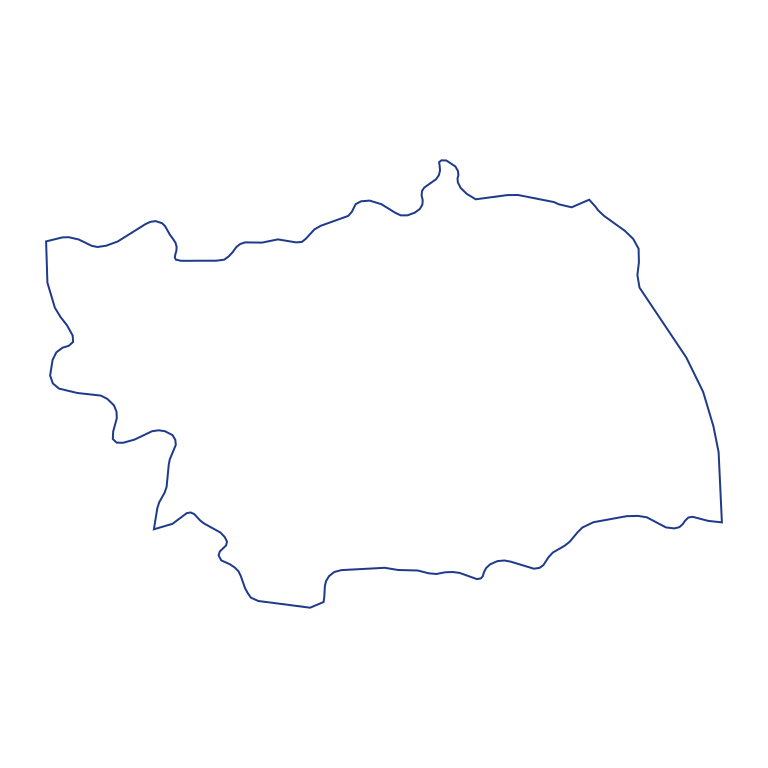 SVG path tracing the border of Bacau
{"feature_id": "ROU-312", "entity_name": "Bacau", "entity_type": "County", "adm_level": 1, "iso_a3": "ROU", "parent_name": "Romania", "parent_adm1": "", "projection": "robinson", "projection_center": [26.661, 46.412], "detail": "fine", "context": "isolated", "style": "outline", "palette": "blue", "viewbox_px": 768, "rotation_deg": 0, "n_neighbors": 0, "source": "natural_earth", "source_scale": "10m", "svg_char_len": 2411}
<svg xmlns="http://www.w3.org/2000/svg" viewBox="0 0 768 768"><path d="M258.3,601.0L250.8,597.6L247.8,593.2L245.0,588.1L240.9,576.3L238.5,571.3L234.7,567.5L229.8,564.2L221.3,560.4L218.6,555.4L219.8,551.5L226.1,545.4L227.0,541.7L224.8,537.1L220.4,532.5L203.9,523.4L200.3,520.6L194.3,514.1L190.7,512.5L186.8,513.1L172.5,523.8L153.9,529.3L157.3,508.3L159.2,502.3L164.7,492.5L166.6,486.9L168.8,464.3L169.8,459.3L175.8,444.9L175.3,439.8L172.5,435.1L164.9,431.2L158.7,430.3L152.1,431.2L134.5,439.6L123.0,442.8L116.6,442.6L112.8,439.0L113.2,431.4L116.8,418.2L116.5,411.7L114.0,405.4L107.3,398.9L100.9,395.6L77.4,393.0L59.0,388.6L52.8,383.4L50.1,375.5L52.6,359.9L56.3,352.4L62.5,347.7L68.8,345.8L73.1,341.9L72.7,335.6L67.0,325.3L60.5,317.0L54.9,307.8L47.4,282.7L46.1,241.4L62.4,237.4L68.7,237.2L78.8,239.5L91.6,245.8L97.5,247.0L106.2,245.7L117.7,241.5L145.3,224.2L150.2,221.9L155.5,221.1L162.1,223.2L165.1,226.2L170.0,234.9L173.0,238.9L175.5,242.8L176.6,246.7L176.4,250.7L175.3,254.5L174.8,257.5L175.9,259.7L181.1,260.8L216.4,260.7L224.2,259.7L228.6,256.5L232.7,252.1L236.2,247.2L240.2,244.0L245.0,242.4L262.0,242.6L277.9,239.4L296.2,242.4L301.9,241.9L305.7,238.9L314.4,229.4L320.7,225.8L348.2,215.9L351.8,211.9L355.7,204.1L361.1,201.3L369.6,200.6L381.4,204.2L395.1,212.7L400.6,215.3L407.7,215.3L414.9,212.6L419.9,208.9L422.4,204.6L422.7,200.2L421.6,195.5L422.0,191.1L424.2,187.6L436.2,179.1L438.9,175.1L440.0,170.5L439.7,166.3L439.1,162.2L441.5,160.3L446.3,160.5L455.3,166.4L457.9,170.9L458.4,175.1L457.5,178.6L457.9,182.5L460.7,188.0L466.7,193.8L475.7,199.3L507.2,195.1L518.0,195.0L554.1,202.1L558.8,204.3L571.6,207.3L589.2,199.7L595.5,206.7L598.2,210.4L604.3,216.1L624.7,230.7L633.2,238.9L638.6,248.7L638.9,262.4L637.4,275.1L639.5,287.6L686.3,357.5L703.1,391.8L713.4,426.2L718.6,452.1L721.9,522.4L708.3,520.9L692.6,516.8L688.4,517.5L685.0,520.8L682.7,524.2L679.3,527.2L674.2,528.4L665.9,527.4L646.8,517.3L638.0,515.9L626.5,516.2L593.5,522.2L582.4,527.5L577.5,532.4L569.8,541.6L565.0,545.5L552.9,552.5L548.7,557.0L543.3,565.2L539.5,567.9L533.9,568.7L510.5,561.6L504.4,560.5L497.5,561.1L490.0,564.4L486.0,568.2L483.8,572.6L482.8,576.2L480.9,578.4L476.9,579.1L459.6,572.9L452.7,572.0L445.0,572.3L436.3,574.0L428.8,573.3L417.7,570.5L398.2,570.0L384.8,567.8L341.5,570.1L334.2,572.0L329.0,576.2L326.1,581.0L324.9,585.9L324.3,596.7L323.6,602.0L310.1,607.7L258.3,601.0Z" fill="none" stroke="#1e3a8a" stroke-width="2"/></svg>